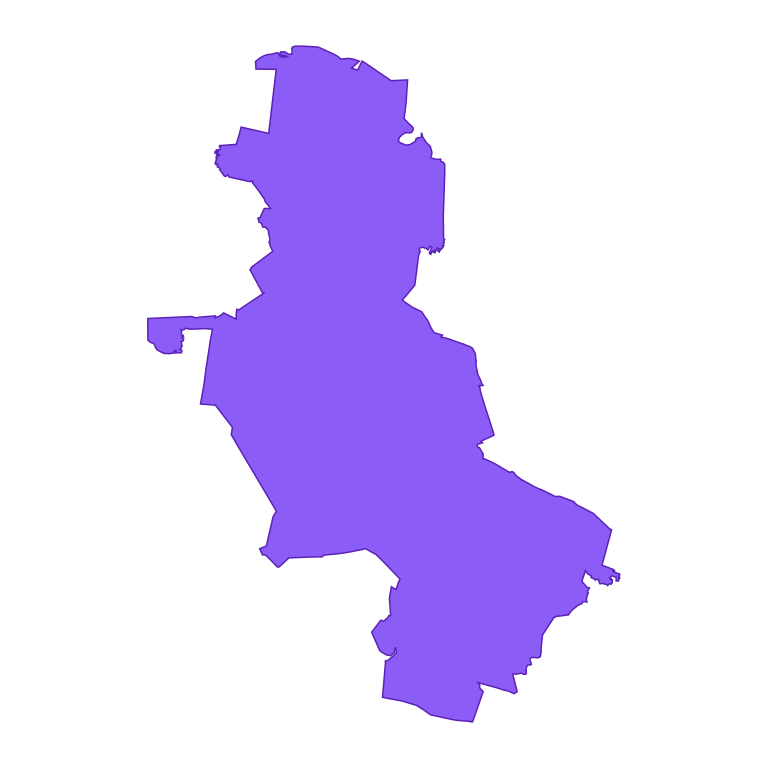 Berriozábal, Chiapas, Mexico (Albers equal-area conic projection)
{"feature_id": "50627088B17025191151258", "entity_name": "Berriozábal", "entity_type": "district", "adm_level": 2, "iso_a3": "MEX", "parent_name": "Mexico", "parent_adm1": "Chiapas", "projection": "albers", "projection_center": [-93.318, 16.872], "detail": "fine", "context": "isolated", "style": "filled", "palette": "violet", "viewbox_px": 768, "rotation_deg": 0, "n_neighbors": 0, "source": "geoboundaries", "source_scale": "gbopen_adm2", "svg_char_len": 6062}
<svg xmlns="http://www.w3.org/2000/svg" viewBox="0 0 768 768"><path d="M611.6,529.8L609.3,528.6L593.2,513.3L576.7,504.8L573.7,501.6L559.7,496.3L555.2,496.5L544.0,490.9L534.8,487.0L521.6,479.6L521.4,480.0L519.6,478.1L516.4,476.0L514.3,473.1L512.5,471.7L511.0,471.8L509.7,472.5L494.5,463.5L483.5,458.4L483.2,459.0L483.0,458.9L483.2,454.1L479.4,447.6L478.3,447.7L477.4,446.5L477.4,444.3L482.5,442.8L481.0,441.3L482.3,440.5L488.1,438.0L494.0,435.2L493.1,432.0L493.2,431.7L492.3,429.4L490.1,422.2L484.7,405.6L480.4,391.2L480.0,388.0L478.8,385.7L481.0,385.8L483.1,385.4L481.7,383.4L480.8,380.7L477.7,374.1L477.5,372.4L476.3,367.0L475.9,363.9L476.3,361.3L475.7,358.4L475.4,353.8L474.5,352.0L472.4,348.2L470.0,346.6L467.4,345.8L463.0,343.8L462.3,343.9L458.7,342.4L453.4,340.7L449.9,339.3L444.9,337.8L441.0,337.1L442.5,335.1L434.8,332.9L433.9,332.3L431.3,328.3L427.4,320.0L424.8,316.6L421.9,311.9L411.4,306.7L402.3,300.2L414.8,285.2L418.6,255.5L420.2,251.2L419.3,250.6L419.6,248.1L422.6,247.3L423.9,247.6L425.7,248.4L428.1,249.8L429.9,246.3L431.9,247.2L429.4,252.8L429.6,253.6L430.8,254.3L431.7,251.9L434.2,250.4L433.5,252.3L435.0,252.7L437.3,247.9L439.0,248.7L437.8,250.8L439.3,252.0L440.7,249.2L441.3,249.3L442.0,247.8L442.5,247.9L443.8,245.6L442.9,245.4L444.1,242.7L443.3,242.4L444.7,239.5L443.6,238.9L443.3,215.8L444.8,171.2L444.7,164.4L443.5,162.4L440.7,161.4L440.7,159.1L436.5,159.4L431.0,157.9L430.7,157.0L431.7,154.7L431.9,152.1L430.2,146.2L426.3,142.5L422.6,136.8L421.6,132.8L421.2,134.6L421.6,136.1L421.2,137.2L420.0,137.6L418.3,137.6L416.1,138.7L415.6,140.7L414.4,142.0L409.9,144.6L405.9,145.1L400.3,142.8L398.3,141.2L399.5,137.3L402.7,134.2L406.2,132.6L409.0,132.9L411.3,132.6L413.0,130.4L413.2,128.0L411.5,125.8L409.3,124.1L404.1,118.7L406.1,102.9L407.6,79.9L391.1,80.7L363.3,61.7L362.1,61.1L357.6,70.1L351.6,68.2L359.3,61.2L353.3,59.1L348.4,58.4L340.9,59.0L337.9,56.5L333.6,54.1L318.4,47.1L302.8,46.1L295.1,46.2L293.0,46.8L292.1,47.7L291.6,48.8L292.2,51.0L292.0,52.8L291.7,53.4L291.9,54.0L291.6,54.3L288.4,54.1L285.0,51.9L280.9,51.8L280.3,52.6L280.2,54.0L281.0,55.1L285.7,56.0L287.1,56.5L284.6,57.3L281.0,56.8L279.2,55.6L279.0,54.7L279.2,55.0L278.8,54.4L278.6,53.3L277.6,52.6L270.4,54.4L268.5,54.4L264.3,55.6L260.5,57.6L255.5,61.5L256.0,69.1L276.2,69.3L268.7,133.4L241.1,127.1L239.0,135.4L236.1,144.4L219.6,145.6L219.4,146.7L220.4,146.6L220.2,149.6L216.2,149.9L216.1,150.9L218.3,150.6L218.2,151.7L214.8,152.0L215.0,153.0L217.5,152.7L216.9,153.7L217.2,153.6L217.0,154.7L219.5,154.5L219.5,155.5L216.9,155.7L216.7,156.7L216.1,156.8L216.2,157.7L216.7,157.8L216.4,158.8L216.7,158.8L215.1,163.5L215.6,163.7L215.6,164.4L215.3,164.4L216.8,164.7L216.9,163.9L217.6,164.0L217.3,166.9L219.3,167.4L219.9,169.1L219.6,169.6L224.3,176.0L225.9,176.4L227.9,174.8L229.2,177.1L250.2,181.7L252.6,181.0L252.8,181.5L252.6,183.0L257.1,188.6L264.3,199.0L265.3,201.9L268.3,205.5L270.5,208.6L266.3,208.4L264.2,208.5L260.0,217.7L257.9,218.2L258.7,220.5L258.8,221.7L259.0,222.2L260.7,222.8L261.5,223.5L262.7,226.9L263.0,227.2L264.1,227.0L266.2,227.3L266.2,228.4L267.8,229.5L268.4,230.4L268.5,231.8L268.9,232.3L268.4,233.6L269.0,234.7L270.0,239.8L269.2,241.6L269.1,242.5L269.4,242.4L270.3,246.4L272.8,251.2L251.4,267.3L250.8,268.8L250.0,269.7L262.3,292.6L263.9,292.8L264.6,292.6L238.7,309.9L236.8,309.3L236.2,314.0L236.3,319.1L223.6,312.9L220.4,315.6L215.2,317.9L215.4,315.9L201.4,317.0L195.5,317.8L191.6,316.5L147.8,318.5L147.9,340.1L150.4,342.4L153.7,343.4L156.1,348.5L157.4,350.1L163.9,353.4L169.3,353.7L173.5,353.0L174.2,350.7L176.1,350.5L175.3,353.1L177.4,352.8L181.5,352.8L181.4,351.9L182.0,351.2L181.8,350.3L181.0,349.9L180.9,349.5L180.0,349.3L181.4,347.5L182.2,345.5L181.7,345.3L181.4,342.3L181.1,341.4L182.7,341.2L183.6,339.6L183.7,339.2L182.8,338.3L181.8,337.8L182.4,336.6L183.5,336.8L183.1,335.6L183.1,335.2L181.5,334.9L181.4,334.1L181.6,330.2L181.2,329.6L182.7,330.0L184.7,329.2L185.9,328.2L189.1,329.1L193.3,329.1L205.0,328.6L212.5,329.3L210.4,340.0L205.7,370.9L204.1,383.7L200.5,404.0L215.4,405.2L232.4,427.3L231.3,434.7L238.4,447.0L276.4,511.2L273.0,517.0L266.4,546.0L259.6,548.7L262.5,554.9L264.3,554.7L266.9,556.2L277.5,567.1L279.2,566.9L288.9,557.9L308.1,557.1L322.3,556.8L324.0,555.1L341.4,553.4L350.8,551.8L365.6,548.7L376.1,554.6L382.4,560.7L396.4,575.3L400.0,578.9L398.5,582.2L396.0,589.5L391.4,586.8L389.4,598.3L390.6,615.2L389.9,615.9L389.2,615.5L388.6,615.9L387.6,618.0L387.2,618.4L385.7,619.1L385.1,620.3L383.8,621.3L382.5,620.6L380.7,620.3L371.7,632.2L379.6,650.4L382.0,652.4L386.4,654.9L390.5,655.7L394.2,652.2L395.5,647.1L396.5,652.4L392.5,656.5L388.4,660.1L385.2,661.1L385.5,662.2L385.3,664.9L382.5,697.4L402.5,701.1L416.5,705.4L422.6,709.2L430.6,714.9L452.5,719.6L457.3,720.4L470.5,721.4L470.6,721.9L472.6,721.8L483.2,691.6L479.7,687.9L479.8,685.7L479.5,684.5L478.0,682.6L496.5,687.7L504.1,690.2L508.3,691.0L514.0,693.7L517.2,691.7L512.8,674.2L514.0,673.7L515.5,674.3L521.4,673.2L522.0,673.3L523.7,674.4L525.9,674.2L526.3,673.2L526.2,668.8L526.6,667.0L527.2,665.7L527.8,665.1L528.8,664.9L530.1,665.1L531.3,664.4L531.1,662.9L530.2,661.1L530.0,659.7L530.6,658.2L532.1,657.3L537.4,657.8L539.0,657.5L540.3,656.7L541.2,651.5L541.1,648.2L542.5,635.0L554.2,617.1L555.3,617.1L558.3,615.5L558.5,616.2L568.4,614.9L571.2,611.1L574.3,608.1L575.0,607.8L577.7,605.5L582.0,603.5L582.8,601.9L585.0,601.6L586.8,602.1L586.5,599.1L586.7,597.0L588.3,592.6L587.4,591.8L588.0,590.3L589.5,588.0L587.6,587.6L586.7,586.9L581.9,581.4L585.4,570.6L587.5,573.8L591.5,575.9L591.0,577.5L595.3,579.5L595.0,580.5L595.8,579.7L596.7,579.3L597.8,579.6L598.2,579.3L599.5,583.1L600.0,583.8L602.6,583.5L606.8,584.6L607.6,585.5L608.9,584.2L609.8,583.7L610.1,583.7L610.9,584.3L612.2,582.9L612.4,579.9L611.4,579.9L611.3,578.7L610.8,578.8L610.8,579.2L610.5,579.3L609.6,577.4L612.2,575.8L614.9,577.0L616.1,577.0L616.2,581.0L618.6,580.9L618.8,578.0L620.2,578.5L619.4,577.6L618.9,576.5L619.2,576.6L619.8,574.5L619.7,574.0L614.1,572.2L614.3,571.8L613.1,571.3L613.4,570.7L614.1,570.9L614.4,570.7L613.0,570.0L613.4,569.5L602.0,565.2L611.6,529.8Z" fill="#8b5cf6" stroke="#5b21b6" stroke-width="1.5"/></svg>